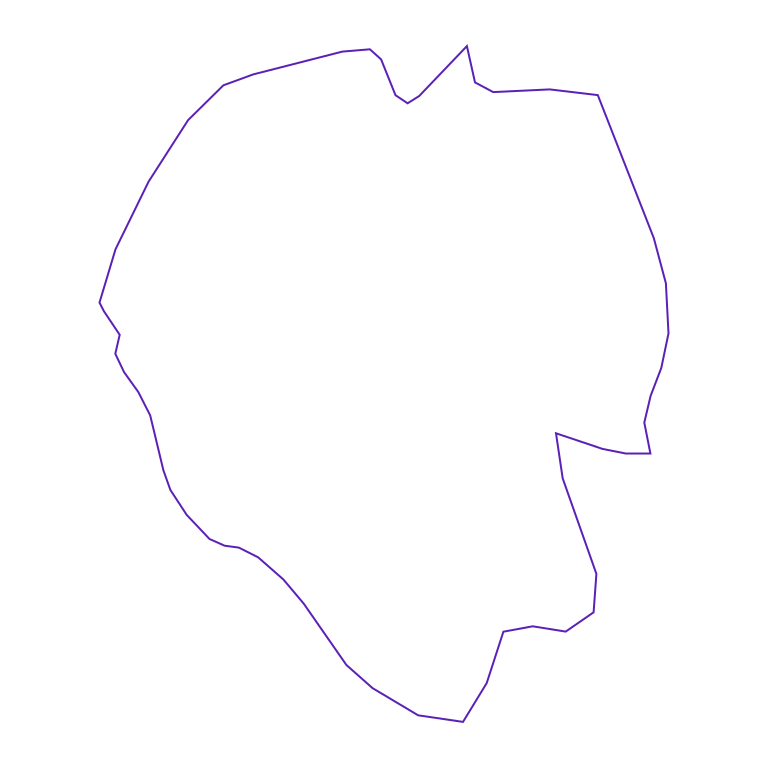 outline of Addis Ababa
{"feature_id": "ETH-3133", "entity_name": "Addis Ababa", "entity_type": "Administrative State", "adm_level": 1, "iso_a3": "ETH", "parent_name": "Ethiopia", "parent_adm1": "", "projection": "robinson", "projection_center": [38.784, 8.965], "detail": "fine", "context": "isolated", "style": "outline", "palette": "violet", "viewbox_px": 768, "rotation_deg": 0, "n_neighbors": 0, "source": "natural_earth", "source_scale": "10m", "svg_char_len": 761}
<svg xmlns="http://www.w3.org/2000/svg" viewBox="0 0 768 768"><path d="M466.9,46.1L475.0,82.4L493.2,92.1L549.7,89.4L597.8,95.1L653.8,238.1L665.9,283.3L668.5,333.4L661.3,367.9L650.6,395.9L644.3,422.6L650.4,453.5L625.7,453.5L602.5,448.9L556.0,433.3L562.7,478.4L596.4,573.9L593.6,612.3L565.7,631.6L532.7,626.3L503.4,631.7L486.7,683.1L463.0,721.9L418.1,715.3L372.5,688.1L346.4,665.0L303.7,603.6L283.4,579.5L258.1,557.3L238.8,547.6L224.6,545.7L209.5,539.0L186.7,514.9L170.4,490.0L163.4,470.3L150.2,415.4L138.3,392.0L124.1,372.2L115.3,353.8L119.7,334.8L103.9,311.2L99.5,302.6L115.5,249.3L148.6,181.6L188.1,120.1L223.4,85.3L253.2,74.4L342.3,51.6L369.9,49.3L381.1,59.4L395.5,95.2L407.6,103.3L419.2,96.0L466.9,46.1Z" fill="none" stroke="#5b21b6" stroke-width="2"/></svg>